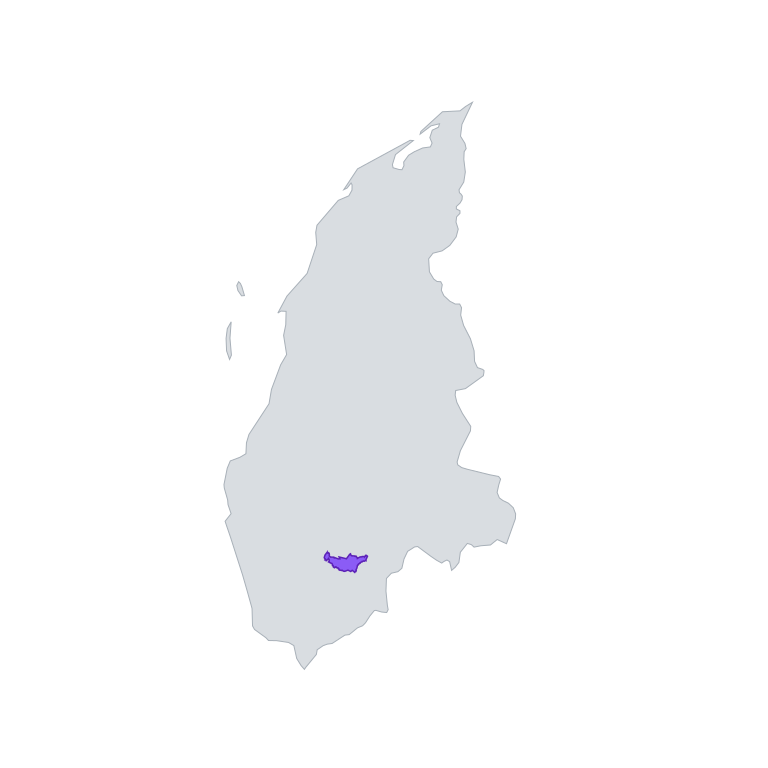 Intibuca, Intibucá, Honduras shown in context, rotated 292°
{"feature_id": "27666195B5918981797779", "entity_name": "Intibuca", "entity_type": "district", "adm_level": 2, "iso_a3": "HND", "parent_name": "Honduras", "parent_adm1": "Intibucá", "projection": "mercator", "projection_center": [-88.141, 14.453], "detail": "fine", "context": "in_parent", "style": "filled", "palette": "violet", "viewbox_px": 768, "rotation_deg": 292, "n_neighbors": 0, "source": "geoboundaries", "source_scale": "gbopen_adm2", "svg_char_len": 6687}
<svg xmlns="http://www.w3.org/2000/svg" viewBox="0 0 768 768"><g transform="rotate(292 384 384)"><path d="M678.4,360.5L653.9,359.0L642.4,362.1L637.4,368.9L633.0,372.0L629.4,371.3L622.1,373.9L611.0,380.0L601.1,382.3L592.2,380.8L589.6,382.3L588.9,384.3L587.6,386.2L584.1,387.3L580.2,386.7L575.7,384.6L573.4,385.5L573.1,389.5L570.7,390.5L566.2,388.7L561.1,390.1L555.4,394.8L547.4,395.8L537.2,393.1L529.2,388.0L523.6,380.4L516.8,378.5L505.0,384.1L500.0,390.7L498.9,394.7L500.1,398.3L497.9,400.8L492.4,402.0L488.3,406.4L485.4,414.1L484.8,420.1L486.5,424.2L483.8,427.3L476.6,429.3L468.1,435.9L458.3,447.2L448.5,455.1L438.9,459.5L434.2,464.5L434.5,470.0L433.9,471.7L432.1,472.3L428.9,473.0L410.2,461.2L404.8,452.9L400.2,454.2L394.3,458.4L386.1,467.7L377.2,480.3L372.9,481.7L350.8,479.8L339.1,481.0L336.7,482.6L335.6,487.3L336.2,493.5L339.4,515.7L341.2,524.9L339.5,527.7L333.5,528.2L325.8,529.5L321.6,533.6L320.5,537.9L320.1,544.0L317.7,550.2L312.9,554.7L308.2,556.3L281.8,557.4L282.2,547.2L274.6,543.0L270.3,534.4L266.5,528.6L267.8,525.2L267.4,521.0L256.6,517.8L246.6,520.3L240.8,518.7L236.5,516.5L243.9,511.4L244.4,508.3L242.0,506.1L239.6,504.6L240.3,498.8L241.8,492.0L245.9,476.1L244.4,473.4L237.7,468.6L229.2,468.1L219.8,469.6L215.2,467.2L211.3,461.7L204.6,459.1L192.7,463.4L180.1,470.0L176.3,472.4L173.1,472.1L171.7,467.2L171.1,461.3L170.3,459.9L163.6,457.8L155.7,456.3L151.8,454.7L148.0,450.8L138.6,445.6L136.5,441.8L124.0,433.1L121.5,428.8L118.6,425.6L112.6,421.6L107.9,422.6L92.0,417.6L89.6,417.1L91.8,412.7L96.8,405.9L107.7,398.4L108.6,392.3L105.8,380.6L102.9,373.0L104.5,369.6L107.9,355.9L110.5,352.7L126.3,345.8L127.7,344.8L140.2,335.2L154.0,324.4L168.3,312.5L184.3,299.2L193.2,291.5L197.2,288.1L206.5,290.8L213.7,284.6L217.9,282.5L227.7,274.9L230.8,273.3L247.2,270.2L255.1,270.3L262.1,277.9L267.6,282.1L278.0,278.5L286.7,277.7L322.6,284.8L336.8,281.7L363.1,281.0L374.8,282.7L391.5,272.7L402.2,270.7L414.7,266.0L413.0,261.1L410.0,259.0L429.2,261.1L457.7,271.3L488.0,269.4L499.0,263.9L506.1,262.4L537.1,272.8L545.3,280.9L551.7,281.7L556.7,279.8L558.0,278.2L551.9,276.4L549.1,273.9L573.6,278.9L619.7,316.9L620.7,320.0L601.0,308.7L590.6,309.6L587.9,311.4L588.5,317.5L589.4,320.4L593.9,320.7L597.2,319.1L605.3,321.1L610.7,325.1L617.3,331.4L621.2,338.2L625.4,338.3L629.6,334.2L637.4,333.7L642.5,338.3L646.1,338.0L641.0,330.9L629.2,323.9L632.0,323.6L658.3,336.2L665.7,352.1L671.9,355.7L678.4,360.5ZM368.8,224.0L353.6,231.7L348.9,231.6L355.8,225.6L367.1,220.5L376.6,218.0L384.4,219.0L368.8,224.0ZM420.9,215.8L413.7,221.5L412.4,218.9L415.9,213.6L420.2,210.6L424.4,210.9L423.4,213.2L420.9,215.8Z" fill="#d9dde1" stroke="#a8b0b8" stroke-width="1"/><path d="M198.5,396.6L198.8,396.9L199.0,396.9L199.3,397.0L199.7,397.2L200.1,397.5L200.9,397.7L201.4,397.8L201.5,397.8L201.4,398.0L201.2,398.1L201.0,398.6L200.8,398.9L200.6,399.0L200.1,399.1L199.8,399.4L199.7,399.4L199.3,399.5L198.9,399.7L198.6,399.3L198.3,399.2L198.3,399.5L198.2,399.8L198.1,400.0L198.0,400.3L198.2,400.6L198.2,400.8L198.2,401.0L198.1,401.4L198.1,401.6L198.1,401.8L197.9,402.1L198.0,402.2L198.0,402.4L198.0,402.6L198.1,402.8L197.9,403.0L197.7,403.3L197.7,403.5L197.4,403.7L197.2,403.9L197.1,404.0L196.8,404.3L196.7,404.5L196.4,404.4L196.4,404.9L196.1,405.0L196.1,405.3L195.9,405.5L195.7,405.5L195.3,405.7L195.3,405.8L195.3,406.0L195.3,406.3L195.2,406.5L195.0,406.8L195.2,407.1L195.4,407.1L195.5,407.2L195.7,407.3L195.8,407.2L195.9,407.3L196.2,407.5L196.3,407.6L196.2,407.9L196.3,408.0L196.1,408.1L196.1,408.5L196.0,408.8L196.1,409.0L195.9,409.2L195.9,409.3L196.1,409.5L196.2,409.8L196.0,410.1L196.2,410.4L196.2,410.5L195.9,410.6L195.7,410.7L195.6,410.8L195.7,411.0L195.8,411.1L195.7,411.4L195.6,411.6L195.4,411.5L195.0,411.8L194.9,411.9L194.8,412.0L194.8,412.4L194.8,412.7L194.8,413.0L195.1,413.4L195.1,413.5L195.1,413.8L195.1,414.0L195.1,414.3L195.3,414.4L195.4,414.5L195.5,414.8L195.6,415.1L195.4,415.2L195.4,415.5L195.4,415.8L195.4,416.1L195.4,416.3L195.3,416.9L195.6,417.4L195.6,417.6L195.6,417.8L195.8,418.0L197.9,420.3L197.7,423.4L199.3,424.3L199.1,425.2L198.4,427.4L198.6,427.4L198.8,427.5L199.3,427.7L199.3,427.8L199.5,428.1L199.9,428.0L200.2,428.2L200.4,428.1L200.7,428.1L200.8,428.1L201.0,427.9L201.3,427.8L201.3,427.7L201.5,427.7L201.9,427.7L202.7,427.8L203.3,427.8L203.6,427.7L203.9,427.7L204.2,427.6L204.7,427.6L205.3,427.4L205.5,427.3L206.0,427.4L206.2,427.5L206.3,427.4L206.5,427.5L206.9,427.9L206.9,428.0L207.0,428.0L207.3,428.0L207.5,428.0L207.6,427.9L207.8,428.1L208.0,428.1L208.4,428.6L208.7,428.9L208.9,428.8L209.0,428.9L209.2,429.0L209.4,428.9L209.5,429.1L209.8,429.2L210.1,429.4L210.2,429.5L210.3,429.5L210.5,429.8L210.7,430.0L210.8,430.3L211.1,430.4L211.3,430.3L211.4,430.6L211.6,430.8L211.8,430.9L211.9,431.0L212.1,431.1L212.3,431.4L212.2,431.8L212.2,432.0L212.3,432.1L212.5,432.3L212.7,432.5L212.8,432.6L213.1,432.7L213.2,432.8L213.3,432.8L213.5,433.1L213.5,433.3L213.5,433.5L214.1,433.2L214.6,433.1L218.1,433.2L218.2,432.9L218.3,432.6L218.4,432.3L218.4,432.2L218.4,431.9L218.5,431.6L218.3,431.4L218.3,431.2L218.2,431.1L217.8,431.2L217.6,431.3L217.3,431.1L217.2,431.1L216.9,430.9L216.8,430.7L216.7,430.7L216.8,430.6L216.7,430.5L216.7,430.3L216.6,430.2L216.3,430.0L216.3,429.9L216.3,429.7L216.3,429.4L216.1,429.1L216.1,428.9L216.0,428.7L215.9,428.7L215.8,428.4L215.7,428.4L215.5,428.2L215.4,428.1L215.3,427.9L215.2,427.7L214.9,427.2L214.9,426.9L214.8,426.7L214.7,426.6L213.0,425.2L212.3,424.7L212.5,424.6L212.6,424.4L213.0,424.3L213.0,424.2L213.1,423.9L213.4,423.0L213.6,423.0L213.8,422.9L213.7,422.6L213.8,422.4L213.7,422.2L213.7,421.9L213.3,421.7L213.3,421.4L213.5,421.2L213.5,420.9L213.4,420.7L213.2,420.2L213.0,419.5L212.8,419.2L212.8,418.8L212.7,418.6L212.6,418.4L212.7,418.2L212.8,418.1L212.9,417.8L212.8,417.7L213.0,417.4L213.2,417.2L213.5,416.8L213.7,416.7L213.8,416.6L214.0,416.5L213.9,416.4L213.8,416.5L213.6,416.3L213.2,416.3L213.2,416.2L212.8,415.9L212.7,415.8L212.4,415.8L207.9,414.6L206.8,407.2L205.4,408.6L204.7,407.2L204.6,404.6L204.6,404.1L204.6,403.9L204.5,403.7L204.2,403.4L204.2,403.1L204.1,402.9L204.2,402.7L204.5,402.6L204.7,402.4L203.4,399.1L203.5,399.0L203.6,398.9L203.7,398.7L203.7,398.1L203.9,397.9L204.3,397.6L204.5,397.5L204.8,397.5L204.9,397.4L205.1,397.4L205.3,397.3L205.5,397.1L205.7,396.9L205.9,396.8L206.0,396.7L206.3,396.7L206.5,396.6L206.5,396.1L206.7,395.7L206.4,395.6L206.2,395.5L206.1,395.3L206.1,395.2L206.2,394.9L206.1,394.7L206.3,394.5L206.3,394.4L206.6,394.3L203.4,393.4L200.7,393.6L200.4,393.8L200.3,394.0L200.1,394.3L200.1,394.5L199.8,394.8L199.8,395.0L199.6,395.2L199.3,395.2L199.4,395.3L199.5,395.4L199.5,395.5L199.4,395.5L199.2,395.4L199.2,395.5L198.9,395.7L198.9,396.0L198.7,396.4L198.5,396.6Z" fill="#8b5cf6" stroke="#5b21b6" stroke-width="1.5"/></g></svg>